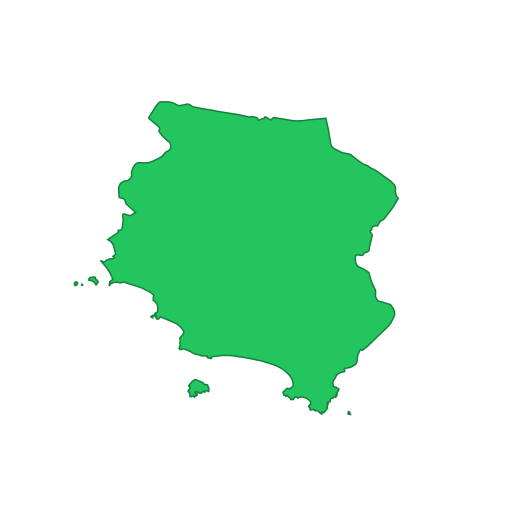 the district of Tuy An, Phú Yên, Vietnam, rotated 125°
{"feature_id": "81297802B47177978604160", "entity_name": "Tuy An", "entity_type": "district", "adm_level": 2, "iso_a3": "VNM", "parent_name": "Vietnam", "parent_adm1": "Phú Yên", "projection": "robinson", "projection_center": [109.271, 13.262], "detail": "fine", "context": "isolated", "style": "filled", "palette": "green", "viewbox_px": 512, "rotation_deg": 125, "n_neighbors": 0, "source": "geoboundaries", "source_scale": "gbopen_adm2", "svg_char_len": 6163}
<svg xmlns="http://www.w3.org/2000/svg" viewBox="0 0 512 512"><g transform="rotate(125 256 256)"><path d="M103.1,277.8L114.4,291.1L117.6,294.5L121.7,299.7L124.1,303.6L132.3,320.7L133.0,321.2L135.7,321.7L136.2,322.3L136.6,328.0L136.9,328.4L138.8,328.5L140.8,330.2L142.8,331.3L143.3,332.0L142.9,333.1L142.2,333.9L142.2,334.7L143.8,338.7L145.8,340.8L150.5,351.9L159.8,370.9L162.0,376.2L165.7,383.6L170.0,393.4L170.1,396.9L170.5,398.8L171.5,400.0L175.8,403.9L177.2,405.7L177.5,407.0L178.0,411.0L178.8,413.6L180.0,416.2L184.4,422.5L186.0,423.5L191.1,423.9L204.1,423.2L204.8,422.6L205.9,410.0L206.4,408.5L206.9,407.9L209.2,407.3L209.6,406.9L211.3,401.9L212.4,394.5L212.4,392.2L212.9,390.8L214.3,389.4L216.7,387.7L218.7,387.5L222.9,389.6L228.4,390.1L232.2,391.9L238.1,395.3L241.0,397.4L243.3,400.3L246.7,405.3L247.7,406.4L248.9,407.1L250.8,407.6L254.8,407.3L259.1,405.8L262.0,403.5L264.9,403.5L266.3,403.8L267.8,404.5L269.4,405.8L270.0,406.8L273.3,408.4L274.7,408.7L278.4,407.9L281.2,406.0L286.5,401.6L285.0,397.2L285.0,395.9L287.4,393.0L287.9,392.0L289.4,379.6L294.7,382.0L295.5,383.0L297.1,388.0L297.6,388.8L298.9,388.7L302.8,385.3L310.7,381.3L312.0,381.5L314.2,383.7L314.5,383.5L314.8,382.7L315.4,382.4L316.5,382.7L327.6,386.9L327.5,383.0L328.1,381.1L328.9,379.3L330.2,377.5L334.0,373.1L335.1,372.2L337.2,372.3L338.0,373.0L338.4,373.0L338.4,371.5L338.8,371.0L339.3,371.1L340.2,371.7L342.7,374.6L344.0,375.0L344.7,375.8L345.5,376.2L346.7,376.2L348.1,377.0L348.9,380.8L351.1,372.0L353.2,366.7L355.6,362.2L357.4,359.9L361.1,361.1L364.4,359.2L364.2,359.0L361.6,359.0L360.1,357.7L358.7,357.2L356.6,353.7L356.1,351.9L353.1,349.3L352.0,345.1L348.8,335.4L347.5,330.3L346.9,325.6L346.6,324.6L346.3,321.2L346.8,317.8L347.2,316.9L348.7,316.5L351.3,314.7L351.2,312.5L352.4,309.2L353.4,307.8L354.8,306.7L358.0,304.8L358.8,304.7L360.4,305.7L360.9,305.8L362.7,305.1L363.3,305.5L363.3,306.1L363.8,306.5L364.9,306.9L365.6,307.4L366.2,307.1L366.2,306.3L365.7,305.6L365.8,305.1L365.5,305.2L365.0,306.1L364.6,306.1L363.8,305.8L363.4,304.8L361.9,304.9L361.7,304.4L362.4,303.4L363.5,303.4L363.4,301.9L363.6,301.7L364.3,301.8L364.3,300.3L363.4,299.7L362.1,299.5L361.0,299.7L360.6,298.8L358.0,287.6L357.1,282.5L357.2,278.5L357.9,275.2L358.8,272.4L360.0,271.2L361.7,270.8L366.8,271.4L369.0,269.4L370.0,268.7L371.2,268.4L372.5,266.8L373.0,266.6L373.6,266.8L375.0,266.1L375.8,266.1L376.2,265.1L376.0,264.1L373.4,262.0L373.3,261.6L371.9,254.8L371.4,250.0L369.2,244.8L369.1,243.4L366.3,239.2L366.2,238.2L366.9,238.0L367.0,236.7L365.9,234.1L365.3,233.8L364.8,234.8L364.2,234.6L361.6,232.1L359.4,229.3L356.8,226.6L352.3,220.1L349.5,214.8L344.7,205.0L338.7,191.0L334.8,178.7L333.9,174.1L333.5,170.0L333.5,166.7L333.9,163.4L334.8,159.2L335.7,157.1L337.3,154.4L340.2,151.4L341.2,151.2L343.4,151.4L345.4,152.3L346.7,154.8L350.4,155.3L351.3,155.8L352.2,155.7L354.1,153.3L353.4,152.1L353.7,151.0L352.4,150.7L352.8,148.7L352.8,146.3L353.7,145.3L353.5,144.8L352.6,144.4L352.6,143.6L352.3,143.1L349.7,143.2L348.5,142.6L348.2,141.8L348.2,141.0L348.5,140.5L348.4,140.0L347.4,139.9L344.8,137.1L344.3,135.7L343.4,131.7L343.7,129.0L344.2,127.6L345.7,126.4L346.5,126.4L347.0,126.7L347.7,126.2L348.4,126.8L348.8,126.8L349.5,125.8L349.6,124.2L350.3,124.2L350.9,123.7L350.8,122.7L349.0,121.3L348.3,120.2L348.2,119.6L348.5,119.1L348.8,119.3L348.8,118.6L348.0,117.8L347.4,116.2L347.8,114.5L347.9,111.6L347.4,111.4L346.3,112.4L346.1,112.3L345.5,110.8L345.1,110.4L339.6,110.1L338.7,111.5L337.7,111.4L336.2,112.7L335.9,112.0L335.6,112.0L334.4,113.5L333.8,113.0L333.2,111.8L331.6,112.2L330.7,112.9L329.6,112.7L327.9,111.3L325.8,111.0L325.6,110.4L325.9,109.7L324.9,109.5L324.0,109.8L323.2,111.0L322.5,110.3L322.0,111.5L320.2,111.1L319.9,111.5L319.0,111.3L317.7,111.6L317.3,112.6L317.7,114.3L317.6,115.2L318.4,117.1L318.4,117.6L317.7,118.6L315.9,120.2L313.9,121.1L310.9,121.1L307.4,121.6L305.5,121.2L302.5,119.6L299.8,117.1L297.4,119.2L295.1,116.6L291.9,114.0L287.6,112.3L286.1,112.3L284.5,112.8L279.7,115.4L276.4,116.3L273.6,116.7L272.6,116.5L272.3,114.8L266.6,113.0L237.1,107.3L233.3,107.1L225.3,108.4L223.0,109.9L221.6,111.2L220.2,113.8L218.7,117.9L220.9,125.1L222.6,129.3L222.8,130.2L222.6,131.3L220.7,134.9L215.7,138.2L210.6,147.0L205.1,153.7L204.8,155.0L205.0,160.9L205.9,164.8L206.0,166.5L205.6,168.1L204.4,170.4L201.0,173.3L198.6,174.6L197.8,174.4L196.8,173.4L194.8,169.5L194.1,169.0L191.5,169.0L188.8,167.2L187.7,166.7L186.5,166.7L183.3,168.3L172.4,172.6L171.3,174.3L170.7,176.5L170.3,176.9L169.4,177.0L168.7,176.4L168.1,176.3L166.8,177.2L166.0,177.3L164.3,176.9L162.6,175.2L161.7,173.7L157.0,174.2L155.3,173.7L152.7,172.4L142.9,171.9L136.4,171.8L127.1,172.5L126.8,174.3L125.3,176.7L123.4,178.9L120.8,180.3L119.6,181.3L118.4,183.5L117.4,188.6L117.2,207.0L118.1,212.9L118.0,215.9L118.3,217.7L119.0,219.7L119.2,221.2L119.2,229.3L118.6,236.7L119.6,239.5L121.5,243.5L122.1,245.8L123.2,253.1L123.2,255.0L122.8,257.0L121.7,258.7L111.0,269.1L103.1,277.8ZM396.5,220.4L394.7,219.3L394.4,218.8L394.4,217.2L394.1,217.0L391.4,218.7L391.0,219.2L390.7,220.3L389.9,220.8L389.5,221.8L389.6,222.6L390.8,224.5L390.3,226.5L390.4,228.1L391.6,233.4L392.2,235.2L393.3,235.3L394.9,236.3L396.5,236.5L397.7,236.2L399.2,236.9L399.7,236.8L400.5,236.1L400.8,236.6L401.3,236.3L401.1,235.2L401.4,234.6L401.9,234.3L405.6,234.2L406.2,233.2L406.1,232.3L407.7,230.3L408.8,229.7L408.9,229.3L408.7,228.6L407.0,227.6L406.9,225.4L406.4,225.3L405.8,225.8L404.7,224.7L403.5,224.4L403.0,224.7L402.6,225.4L403.3,226.9L403.0,227.3L401.7,227.7L400.8,225.1L400.7,223.4L400.4,222.8L399.3,222.0L397.3,221.6L396.9,219.9L396.5,220.4ZM371.4,370.4L370.7,370.2L370.0,370.5L369.5,370.3L369.0,370.5L368.4,370.2L367.6,370.6L366.9,372.0L366.9,374.3L365.6,375.3L366.1,376.7L369.0,379.7L370.3,379.8L371.7,379.1L371.5,378.4L370.7,377.4L370.3,374.2L370.5,372.6L371.4,371.0L371.4,370.4ZM382.3,389.1L383.7,388.2L384.0,387.5L383.8,386.8L382.3,386.2L380.8,386.4L380.2,387.1L380.3,388.6L380.8,389.1L382.3,389.1ZM332.6,89.5L331.8,88.1L331.7,88.8L331.4,88.3L330.6,89.4L330.4,88.7L330.2,90.8L331.0,91.0L331.5,90.6L331.5,90.1L331.9,90.4L332.4,90.1L332.6,89.5ZM379.3,382.5L379.9,382.1L379.4,381.4L378.9,382.4L379.3,382.5Z" fill="#22c55e" stroke="#15803d" stroke-width="1.5"/></g></svg>